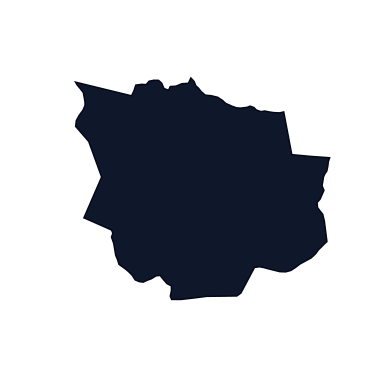 Gurinhém, Paraíba, Brazil, rotated 287°
{"feature_id": "56859067B95891869193757", "entity_name": "Gurinhém", "entity_type": "district", "adm_level": 2, "iso_a3": "BRA", "parent_name": "Brazil", "parent_adm1": "Paraíba", "projection": "natural_earth1", "projection_center": [-35.429, -7.144], "detail": "fine", "context": "isolated", "style": "filled", "palette": "ink", "viewbox_px": 384, "rotation_deg": 287, "n_neighbors": 0, "source": "geoboundaries", "source_scale": "gbopen_adm2", "svg_char_len": 1544}
<svg xmlns="http://www.w3.org/2000/svg" viewBox="0 0 384 384"><g transform="rotate(287 192 192)"><path d="M91.3,163.4L90.9,168.0L91.6,171.8L94.2,174.6L97.2,178.5L101.3,182.1L102.9,185.9L99.8,190.5L97.1,194.8L96.2,199.8L91.5,201.2L86.1,201.7L83.3,203.9L86.1,213.1L91.8,226.1L96.5,236.5L105.7,265.3L109.7,268.3L138.1,273.8L140.2,278.3L140.7,282.1L140.9,288.4L141.5,299.2L143.0,304.9L145.9,309.5L150.1,313.0L154.6,316.2L159.5,321.0L163.8,325.2L169.0,328.2L173.7,329.8L176.7,331.5L180.6,333.5L184.1,335.5L203.0,327.0L208.9,323.5L211.3,320.0L213.8,316.6L218.4,314.7L222.7,316.6L226.2,317.0L232.1,317.7L236.1,314.5L241.1,313.9L244.8,313.3L248.1,313.7L251.4,314.8L256.5,314.3L261.1,313.5L265.0,313.6L260.9,295.8L256.9,276.5L295.4,256.3L293.3,252.7L291.8,246.9L291.1,242.1L290.7,237.8L289.0,234.4L289.2,229.6L290.9,226.5L291.1,222.5L289.0,219.8L286.4,213.9L285.5,209.8L285.7,205.1L286.6,198.2L288.5,194.4L290.1,188.9L289.7,182.1L288.5,176.5L290.6,171.5L293.2,167.8L294.7,164.6L298.2,161.8L300.7,157.6L294.9,156.8L292.6,150.7L288.5,145.7L286.5,140.4L282.4,139.8L282.8,134.9L287.2,131.2L289.0,127.3L287.6,122.6L285.4,118.6L281.3,116.8L280.2,112.3L277.8,107.0L271.8,106.9L266.3,106.1L263.0,48.5L260.6,51.1L258.2,54.9L255.3,59.0L250.9,61.3L246.7,63.4L243.4,64.4L238.2,63.8L232.3,61.7L226.5,60.5L220.7,61.6L210.1,78.5L179.9,101.2L135.7,96.2L132.1,126.2L129.4,128.4L125.4,128.2L119.9,132.2L113.5,135.4L109.1,137.6L105.8,140.4L101.4,143.4L100.1,147.5L98.9,150.9L97.3,154.7L94.8,159.3L91.3,163.4Z" fill="#0f172a" stroke="#020617" stroke-width="1.5"/></g></svg>